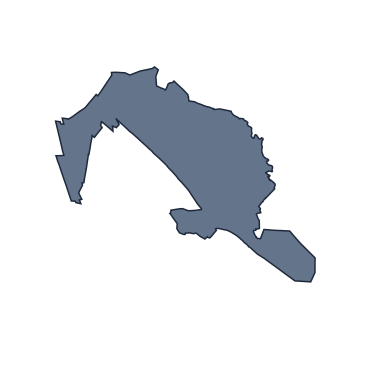 outline of Stopiņu pag., Stopinu, Latvia, rotated 43°
{"feature_id": "27541924B13594344549497", "entity_name": "Stopiņu pag.", "entity_type": "district", "adm_level": 2, "iso_a3": "LVA", "parent_name": "Latvia", "parent_adm1": "Stopinu", "projection": "robinson", "projection_center": [24.317, 56.919], "detail": "fine", "context": "isolated", "style": "filled", "palette": "slate", "viewbox_px": 384, "rotation_deg": 43, "n_neighbors": 0, "source": "geoboundaries", "source_scale": "gbopen_adm2", "svg_char_len": 5914}
<svg xmlns="http://www.w3.org/2000/svg" viewBox="0 0 384 384"><g transform="rotate(43 192 192)"><path d="M179.9,103.4L179.5,103.5L176.6,105.7L176.6,106.3L174.8,106.1L170.3,107.4L167.5,107.2L165.5,106.3L156.9,111.5L155.1,112.8L152.8,115.8L150.8,116.4L151.0,116.7L151.1,116.8L150.3,116.9L148.9,117.3L148.1,117.6L147.1,118.0L146.2,118.5L144.8,119.4L144.2,119.7L143.7,119.9L142.1,120.6L141.5,120.9L139.8,121.4L139.3,121.6L135.5,123.4L134.7,123.6L134.0,123.8L132.8,124.0L129.6,126.1L128.8,126.7L127.8,127.5L126.0,126.2L125.1,125.4L125.1,125.5L124.6,125.2L123.6,124.4L122.6,123.6L115.8,123.2L110.5,123.2L106.0,123.2L103.2,123.1L103.0,123.7L103.3,124.6L103.0,125.2L102.2,126.5L101.8,126.9L101.3,127.4L100.9,129.5L101.6,130.9L102.2,132.5L103.0,135.4L100.3,136.2L98.6,137.0L93.8,138.6L86.8,132.3L84.0,125.6L79.3,126.1L78.7,128.8L71.6,138.9L66.8,148.8L61.8,150.5L55.2,155.9L52.8,158.2L52.8,158.3L51.6,159.5L53.9,161.7L53.8,162.0L55.4,172.0L57.0,181.6L57.5,186.0L55.4,186.0L55.7,190.4L56.0,197.2L56.2,199.6L56.2,200.1L56.3,203.3L56.3,203.7L54.8,209.8L53.2,218.5L51.8,223.3L51.0,223.3L46.7,226.5L52.0,229.9L49.6,231.7L47.7,230.5L45.9,231.8L43.9,233.2L55.6,241.0L59.0,243.2L63.0,245.9L69.9,250.6L71.3,251.3L73.3,252.6L72.5,253.4L72.0,254.1L67.8,258.3L70.6,259.8L72.6,261.0L75.2,262.2L88.7,269.5L96.2,273.4L99.8,275.4L105.3,278.4L109.9,280.9L112.3,278.8L113.0,278.3L114.3,279.0L118.7,276.4L116.1,275.1L115.0,274.7L116.4,272.5L113.2,271.3L109.8,270.0L108.9,267.4L108.4,265.7L107.4,261.8L105.3,260.5L106.6,259.0L106.0,258.0L105.3,257.0L105.2,257.0L104.4,255.8L98.7,246.9L90.9,235.6L90.6,235.4L91.1,235.0L88.0,230.2L84.7,225.3L83.2,222.9L81.9,220.8L80.5,218.8L83.3,218.7L83.3,218.3L83.2,217.9L83.3,217.9L83.3,217.5L83.1,215.5L83.0,213.9L82.4,206.2L82.2,206.1L79.9,205.7L79.7,205.5L78.3,202.8L77.9,202.7L77.9,202.2L84.2,201.8L92.8,201.5L90.9,199.6L89.6,198.7L88.9,198.1L92.8,196.5L92.7,196.2L92.8,194.2L92.8,193.6L92.8,193.1L92.5,192.2L86.2,190.2L95.1,190.2L95.4,190.1L96.5,190.1L103.9,190.2L106.0,190.1L107.6,189.9L115.2,189.7L120.8,189.7L129.8,189.6L130.0,189.7L132.5,189.6L134.1,189.5L134.7,189.5L138.1,189.9L138.9,189.8L142.7,189.7L150.6,189.7L152.5,189.8L154.5,189.8L157.8,190.3L163.6,190.6L168.4,191.0L170.3,191.2L171.8,191.5L172.2,191.7L178.8,192.1L187.5,193.0L189.9,193.5L193.4,194.4L199.4,195.8L202.4,196.5L202.7,196.7L205.7,197.2L206.8,197.4L210.2,197.7L210.5,198.0L210.8,198.4L209.8,199.6L207.4,202.7L202.3,208.1L196.4,210.6L194.5,212.7L194.1,213.1L189.0,219.6L190.7,222.3L190.5,222.8L191.2,222.8L196.5,224.0L200.7,224.8L202.7,225.2L205.9,229.1L208.6,229.9L210.7,230.4L212.8,229.6L214.9,228.7L215.2,228.5L215.9,227.7L215.2,226.7L216.1,225.7L216.5,225.2L217.8,224.0L218.7,223.1L218.9,222.9L220.1,222.4L220.4,222.2L221.2,221.6L222.0,220.9L222.6,219.6L223.6,219.1L226.5,219.0L228.6,218.8L233.5,217.6L233.7,214.7L233.8,214.8L234.7,214.3L236.4,213.4L236.4,210.5L236.3,209.2L236.2,208.2L236.2,207.5L236.0,204.1L236.1,203.6L234.3,202.8L234.9,201.8L236.1,200.7L239.0,198.9L240.3,198.2L242.5,196.8L243.3,196.3L244.0,196.0L245.0,195.6L248.0,194.7L253.9,193.5L256.2,193.3L258.2,193.2L263.1,193.1L264.1,193.3L264.8,193.3L268.3,193.0L269.6,193.0L270.7,193.5L271.0,193.3L272.0,192.9L272.5,192.8L273.6,193.0L274.7,192.9L277.6,192.9L281.1,192.8L282.3,192.8L285.2,192.2L288.3,191.7L288.6,191.5L308.6,189.1L316.2,188.2L328.0,186.8L328.5,186.3L340.1,176.8L336.9,167.1L334.2,164.2L329.5,159.1L327.0,156.3L305.9,155.6L297.8,154.8L290.1,153.9L282.7,160.1L280.3,162.2L276.7,165.2L270.2,170.3L273.9,179.5L273.3,179.9L271.4,181.4L270.3,181.3L269.7,181.4L269.6,181.0L267.9,180.8L263.8,179.1L263.3,178.0L264.5,177.0L264.7,175.9L263.9,175.4L265.3,174.1L265.6,173.8L265.6,173.5L266.1,172.7L265.2,171.7L260.7,167.0L258.3,166.4L257.4,166.0L256.8,165.5L254.2,164.4L254.4,163.1L254.6,162.7L254.9,162.2L256.2,160.7L256.4,160.4L256.4,160.2L255.6,159.7L255.0,159.6L254.5,159.4L254.0,159.0L254.0,158.8L254.0,158.4L253.3,157.5L253.0,157.4L252.7,157.3L252.1,157.3L251.2,157.1L250.8,157.1L250.6,156.0L250.5,154.5L250.2,152.8L250.2,150.2L250.3,150.2L250.0,149.4L250.0,149.0L249.9,147.1L250.0,147.2L250.2,146.8L250.2,146.6L250.1,146.4L250.3,133.3L249.4,133.2L249.3,132.9L249.1,132.4L248.1,130.2L247.2,129.5L246.5,129.4L246.0,129.4L244.3,129.4L241.5,129.6L241.7,129.9L241.6,130.1L241.4,130.2L241.1,130.3L240.8,130.3L239.5,130.1L239.3,129.9L239.1,129.9L239.1,129.5L239.0,129.2L238.2,129.1L237.8,129.3L237.1,129.1L236.9,128.8L236.8,128.6L238.0,127.5L238.0,127.1L237.7,126.9L237.3,126.8L236.8,127.0L236.5,127.2L235.9,127.4L235.5,127.5L234.9,127.5L234.1,127.6L233.6,127.8L233.3,127.8L232.7,127.6L232.7,127.4L233.1,126.9L233.2,126.2L233.5,125.4L233.7,124.8L233.8,124.2L234.4,123.8L235.0,123.5L236.1,123.0L236.7,122.6L236.7,122.0L235.6,121.4L235.2,121.0L234.8,120.0L234.5,119.6L234.0,118.9L233.3,118.6L233.1,118.5L232.4,118.4L231.7,118.8L230.1,119.7L229.2,119.9L228.2,119.9L227.5,119.8L226.9,119.6L225.9,119.1L225.7,118.4L226.6,117.1L226.5,116.7L226.1,116.3L225.7,116.2L225.2,116.3L224.6,116.5L223.3,117.0L222.1,117.2L221.2,117.2L219.7,117.1L218.7,116.8L218.2,116.3L217.6,115.9L216.8,115.6L216.0,115.2L215.5,114.9L214.1,113.4L213.3,112.1L212.5,111.0L210.5,109.8L210.3,109.7L210.1,109.4L209.7,108.7L209.5,108.2L209.1,107.7L208.5,107.2L208.3,106.6L208.3,105.8L208.3,105.3L208.0,105.0L207.6,104.7L207.0,104.6L206.1,104.7L205.8,105.3L206.0,105.9L205.8,106.6L205.5,106.9L205.0,107.2L204.6,107.4L203.9,107.3L201.4,106.6L199.9,106.5L199.4,106.8L199.2,107.1L199.6,108.7L200.6,109.9L200.6,110.2L200.5,110.5L200.0,110.8L199.3,111.0L198.6,111.0L197.9,110.9L197.4,110.7L197.2,110.4L196.7,109.9L196.4,109.3L196.2,108.7L195.9,108.3L195.0,107.6L193.8,106.7L193.4,106.4L193.1,105.9L192.8,105.5L192.5,105.0L192.0,104.6L191.2,104.5L190.1,104.7L188.8,105.1L188.1,105.2L187.6,105.1L186.3,104.9L186.1,104.6L185.9,104.0L185.7,103.4L185.0,103.1L184.0,103.1L182.9,103.3L182.3,103.5L181.6,103.7L180.8,103.8L180.3,103.6L179.9,103.4Z" fill="#64748b" stroke="#1e293b" stroke-width="1.5"/></g></svg>